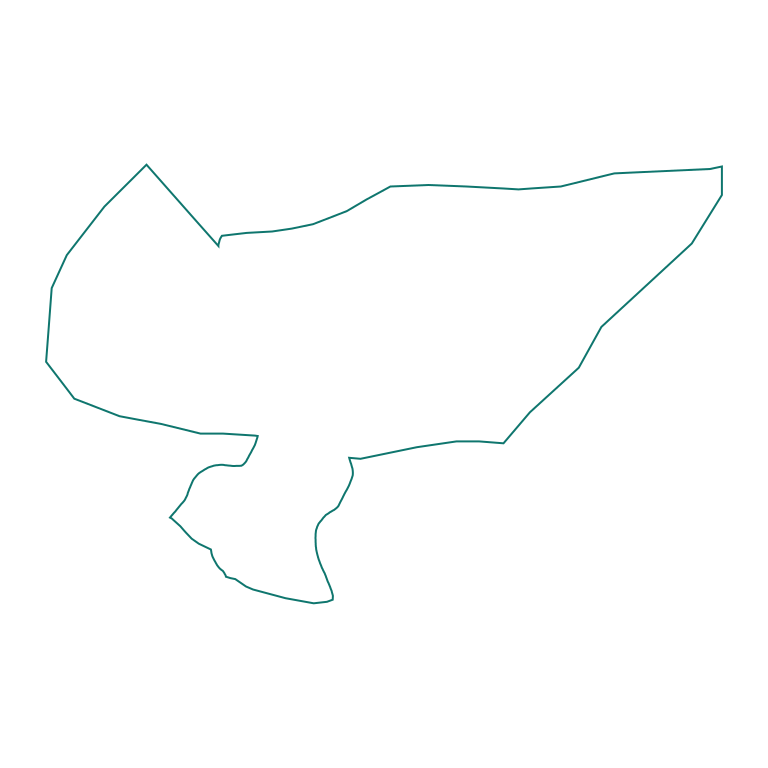 La Croix Chaubough, Castries, Saint Lucia
{"feature_id": "8701671B80997210152417", "entity_name": "La Croix Chaubough", "entity_type": "district", "adm_level": 2, "iso_a3": "LCA", "parent_name": "Saint Lucia", "parent_adm1": "Castries", "projection": "albers", "projection_center": [-60.941, 14.011], "detail": "fine", "context": "isolated", "style": "outline", "palette": "teal", "viewbox_px": 768, "rotation_deg": 0, "n_neighbors": 0, "source": "geoboundaries", "source_scale": "gbopen_adm2", "svg_char_len": 4968}
<svg xmlns="http://www.w3.org/2000/svg" viewBox="0 0 768 768"><path d="M146.5,164.7L104.4,206.6L66.8,255.1L51.7,288.1L48.8,326.6L46.1,361.8L67.7,390.0L74.3,398.7L96.3,407.2L119.5,416.2L137.6,419.6L160.9,423.9L200.5,433.6L223.0,433.6L255.0,435.6L256.9,435.9L257.7,436.0L257.5,437.0L255.4,443.6L255.1,444.3L254.9,445.0L254.3,446.1L253.7,447.3L253.0,448.6L252.0,450.3L251.7,451.0L251.1,452.2L250.3,453.6L249.6,454.8L248.9,456.1L248.2,457.6L247.5,458.7L246.9,459.9L246.3,461.1L245.5,462.2L244.6,463.2L243.6,464.2L243.1,464.7L242.4,465.1L241.5,465.7L240.2,465.8L238.9,465.9L237.6,465.9L236.1,465.9L234.7,466.0L233.2,466.0L231.9,465.9L230.4,465.7L229.1,465.6L228.0,465.5L227.1,465.4L226.4,465.3L225.0,465.2L223.6,464.9L222.2,464.8L221.0,464.8L219.6,464.9L218.1,465.1L217.3,465.2L216.6,465.2L215.3,465.4L213.7,465.7L212.3,466.2L210.9,466.6L209.7,467.0L208.3,467.5L207.2,468.1L206.1,468.8L204.9,469.4L203.8,470.1L202.6,470.9L200.9,471.9L200.2,472.4L199.4,472.9L198.9,473.3L198.1,474.0L197.1,475.1L196.2,476.2L195.3,477.3L194.1,478.7L193.7,479.3L193.0,480.4L192.4,481.8L191.9,482.9L191.2,484.6L190.8,485.5L190.4,486.4L190.1,487.3L189.4,488.7L189.0,489.9L188.4,491.5L187.8,493.0L187.5,494.4L187.0,495.6L186.4,496.8L185.6,498.3L185.2,499.2L184.5,500.4L183.7,501.4L182.5,502.8L181.3,504.0L180.5,505.0L179.6,506.1L178.7,507.2L177.9,508.2L176.9,509.4L176.1,510.4L175.3,511.5L174.4,512.4L173.5,513.4L172.6,514.5L171.7,515.5L170.8,516.6L170.0,517.6L171.8,518.5L173.3,519.9L180.4,526.3L184.2,530.7L186.1,532.8L188.2,535.0L191.7,538.7L198.8,543.7L210.9,549.5L211.2,551.1L211.3,551.8L211.4,552.5L211.5,553.2L211.7,553.9L211.9,554.6L212.1,555.3L212.3,556.0L212.6,556.8L212.9,557.4L213.3,558.2L213.8,559.2L214.1,559.8L214.5,560.6L215.0,561.4L215.4,562.1L215.9,563.1L216.3,563.7L216.6,564.3L217.0,565.0L217.4,565.6L217.9,566.2L218.4,566.9L219.0,567.6L219.6,568.3L220.1,568.8L221.0,569.5L221.6,570.1L222.4,570.5L223.0,571.1L223.4,571.7L223.9,572.4L224.4,573.2L224.7,573.9L225.1,574.5L225.5,575.2L225.8,575.9L225.9,576.7L230.4,578.1L235.3,579.1L237.3,580.5L242.4,584.0L246.0,586.5L253.0,589.5L285.5,598.2L313.7,603.3L327.0,601.8L332.7,599.7L332.9,595.8L332.7,595.0L332.5,594.3L332.3,593.5L332.0,592.6L331.8,591.8L331.7,591.1L331.4,590.4L331.1,589.6L330.8,588.9L330.5,588.2L330.3,587.4L330.0,586.7L329.7,586.0L329.4,585.2L329.1,584.5L328.8,583.8L328.5,583.0L328.1,582.3L327.8,581.6L327.5,580.9L327.2,580.0L326.9,579.2L326.7,578.6L326.4,577.8L326.1,577.1L325.9,576.3L325.6,575.6L325.3,574.9L325.0,574.2L324.7,573.3L324.3,572.6L323.8,571.7L323.5,571.0L323.1,570.3L322.7,569.3L322.4,568.7L322.0,568.0L321.7,567.2L321.4,566.5L321.2,565.8L320.8,564.9L320.5,564.2L320.2,563.5L319.9,562.7L319.7,562.0L319.4,561.3L319.2,560.6L318.9,560.0L318.6,559.1L318.3,558.0L318.0,557.2L317.9,556.5L317.6,555.6L317.4,554.8L317.2,554.0L317.0,553.2L316.8,552.3L316.6,551.5L316.5,550.8L316.3,550.1L316.2,549.4L316.1,548.7L316.1,547.9L316.0,547.3L315.8,546.4L315.8,545.6L315.7,544.7L315.7,543.8L315.7,543.1L315.6,542.3L315.6,541.3L315.6,540.3L315.6,539.5L315.5,538.6L315.5,537.9L315.5,537.1L315.6,536.3L315.6,535.5L315.6,534.7L315.6,534.0L315.7,533.3L315.8,532.4L315.9,531.4L316.0,530.5L316.2,529.8L316.4,529.1L316.8,528.2L317.0,527.3L317.3,526.5L317.8,525.5L318.1,524.8L318.4,524.1L318.8,523.4L319.4,522.7L319.9,522.1L320.3,521.5L320.8,521.0L321.3,520.5L321.8,519.8L322.4,519.0L323.0,518.2L323.6,517.4L324.2,516.9L324.7,516.3L325.3,515.6L325.8,515.0L326.5,514.6L327.1,514.2L327.8,513.8L328.4,513.4L329.0,513.0L329.6,512.4L330.3,512.1L331.1,511.6L331.8,511.2L332.4,510.8L333.1,510.4L333.8,510.1L334.4,509.7L335.0,509.2L335.8,508.6L336.6,507.9L337.3,507.3L337.8,506.7L338.3,506.2L338.6,505.5L339.0,504.9L339.3,504.1L339.7,503.4L340.0,502.7L340.4,501.9L340.9,501.0L341.2,500.4L341.8,499.3L342.4,498.1L342.8,497.3L343.1,496.6L343.4,496.0L343.8,495.3L344.1,494.6L344.4,494.0L344.8,493.3L345.2,492.5L345.6,491.8L345.9,491.2L346.4,490.5L346.8,489.7L347.2,489.0L347.6,488.2L348.0,487.5L348.3,486.8L348.7,486.1L349.0,485.4L349.3,484.7L349.6,484.0L349.9,483.2L350.2,482.5L350.4,481.8L350.7,481.1L351.1,480.1L351.4,479.4L351.7,478.6L351.9,477.9L352.2,477.0L352.5,476.1L352.7,475.4L352.8,474.7L352.8,473.9L352.9,473.0L352.8,472.1L352.8,471.2L352.7,470.4L352.6,469.6L352.5,468.8L352.2,467.7L351.9,466.9L351.7,466.0L351.5,465.4L351.3,464.6L351.1,463.8L350.8,463.1L350.5,462.3L350.2,461.3L350.0,460.6L349.7,459.7L349.5,458.9L349.2,457.8L360.5,458.8L416.9,447.2L456.5,441.4L479.1,441.4L503.5,443.3L529.9,412.3L578.8,367.7L601.4,326.9L691.8,243.5L721.9,195.0L721.9,166.5L710.0,169.0L631.1,172.6L614.3,173.4L604.0,175.9L560.8,186.5L532.3,188.4L518.5,189.4L503.7,188.5L466.4,186.5L433.9,185.2L428.4,185.0L423.9,185.2L390.4,186.5L378.5,193.0L366.5,199.5L355.8,205.8L346.8,211.1L337.3,214.8L313.0,224.2L291.8,228.6L272.1,231.5L246.8,232.9L232.9,234.5L221.9,235.8L220.9,237.4L220.4,238.3L219.8,239.6L219.3,241.5L219.1,242.4L218.7,243.7L218.4,245.0L218.4,246.0L196.3,221.1L146.5,164.7Z" fill="none" stroke="#0f766e" stroke-width="2"/></svg>